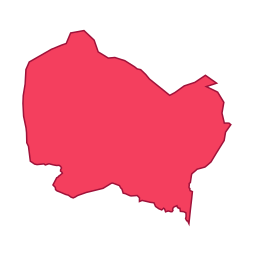 Enugu East, Enugu, Nigeria (Robinson projection), rotated 354°
{"feature_id": "59680162B73078519517404", "entity_name": "Enugu East", "entity_type": "district", "adm_level": 2, "iso_a3": "NGA", "parent_name": "Nigeria", "parent_adm1": "Enugu", "projection": "robinson", "projection_center": [7.537, 6.533], "detail": "fine", "context": "isolated", "style": "filled", "palette": "rose", "viewbox_px": 256, "rotation_deg": 354, "n_neighbors": 0, "source": "geoboundaries", "source_scale": "gbopen_adm2", "svg_char_len": 1799}
<svg xmlns="http://www.w3.org/2000/svg" viewBox="0 0 256 256"><g transform="rotate(354 128 128)"><path d="M175.8,224.1L176.7,226.4L177.6,226.6L178.6,229.5L181.4,216.3L184.1,204.2L185.2,199.0L185.4,198.0L183.3,196.8L183.0,195.6L183.2,194.6L182.5,193.9L182.5,192.9L182.8,192.0L183.1,189.5L184.3,188.8L186.2,181.5L186.7,180.2L190.8,177.4L192.4,176.2L200.4,174.9L202.0,173.9L203.9,172.6L207.0,170.4L213.2,162.2L222.3,150.5L224.6,142.3L230.6,135.4L228.9,133.7L224.3,133.2L223.0,123.0L226.0,112.5L224.0,108.3L220.9,101.7L210.2,95.0L220.8,92.7L210.5,83.7L199.3,89.6L188.3,92.0L178.3,97.7L172.9,99.9L154.4,81.5L151.2,76.6L146.7,71.3L143.3,70.2L141.1,68.0L132.0,60.8L122.3,56.5L115.7,56.4L106.3,49.2L103.5,37.1L94.4,26.5L80.9,27.5L75.4,37.5L71.0,38.5L60.1,41.7L36.7,52.0L32.6,59.2L30.3,73.5L27.2,84.8L26.1,92.5L25.4,105.3L26.6,117.3L26.6,122.1L25.8,132.1L27.1,135.8L27.4,150.8L31.3,154.1L33.7,154.9L40.6,154.9L41.9,156.1L45.7,155.3L49.7,156.8L53.0,157.8L55.5,157.9L56.9,159.0L57.7,160.8L56.6,162.5L56.4,163.8L57.6,165.0L58.0,166.1L55.3,168.0L54.1,168.6L53.0,169.7L51.9,170.0L47.4,176.8L49.5,179.5L49.5,181.7L50.8,183.1L54.1,184.8L59.1,187.6L61.7,188.6L64.1,190.8L66.2,191.8L68.3,191.1L70.8,189.9L73.2,189.3L80.0,187.7L83.9,187.2L96.9,185.4L105.7,181.2L107.1,181.2L113.5,184.4L114.4,186.7L115.6,188.2L116.4,192.3L118.5,193.0L123.0,195.6L124.3,195.9L130.1,196.1L132.1,198.6L131.7,202.3L134.5,201.5L142.6,204.3L146.0,205.1L147.2,208.9L150.2,211.5L153.0,213.0L155.1,211.5L155.9,212.3L156.6,215.3L159.3,214.7L162.0,215.8L163.1,215.8L164.1,214.7L163.9,213.3L164.5,212.2L165.7,211.2L168.0,210.6L168.5,210.4L168.6,211.0L169.0,212.4L169.6,212.4L170.2,213.2L171.2,213.3L171.4,216.4L172.1,216.5L174.8,217.1L176.7,218.4L176.7,220.4L176.4,222.6L175.8,224.1Z" fill="#f43f5e" stroke="#9f1239" stroke-width="1.5"/></g></svg>